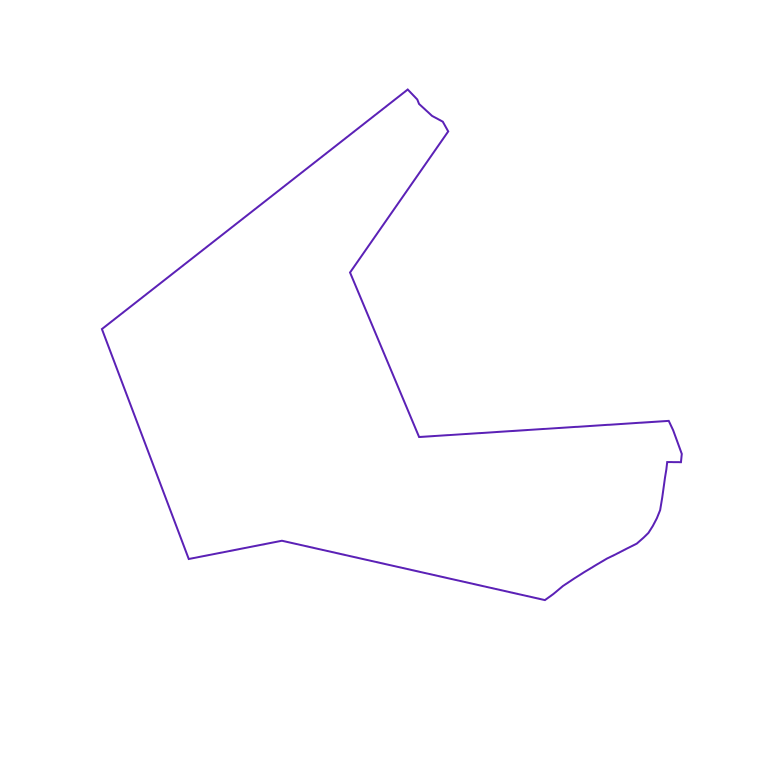 outline of Ukaeb, Melekeok, Palau, rotated 337°
{"feature_id": "81905179B87979542082634", "entity_name": "Ukaeb", "entity_type": "district", "adm_level": 2, "iso_a3": "PLW", "parent_name": "Palau", "parent_adm1": "Melekeok", "projection": "mercator", "projection_center": [134.634, 7.496], "detail": "fine", "context": "isolated", "style": "outline", "palette": "violet", "viewbox_px": 768, "rotation_deg": 337, "n_neighbors": 0, "source": "geoboundaries", "source_scale": "gbopen_adm2", "svg_char_len": 610}
<svg xmlns="http://www.w3.org/2000/svg" viewBox="0 0 768 768"><g transform="rotate(337 384 384)"><path d="M145.8,223.2L135.9,468.8L228.8,488.4L447.7,645.8L457.8,643.5L470.0,639.8L483.4,637.3L494.9,635.4L508.9,633.4L521.1,631.8L529.3,631.4L543.0,630.4L554.3,629.7L562.8,626.9L569.2,624.4L576.0,619.7L582.7,614.2L588.9,608.0L595.7,597.3L602.9,585.3L606.0,580.1L610.5,573.0L614.2,566.5L626.8,572.0L630.8,564.7L631.4,553.3L632.1,539.5L631.7,529.2L395.6,446.5L396.3,268.1L541.8,176.6L540.6,165.5L533.0,156.0L525.7,139.9L525.8,135.1L520.9,122.2L145.8,223.2Z" fill="none" stroke="#5b21b6" stroke-width="2"/></g></svg>